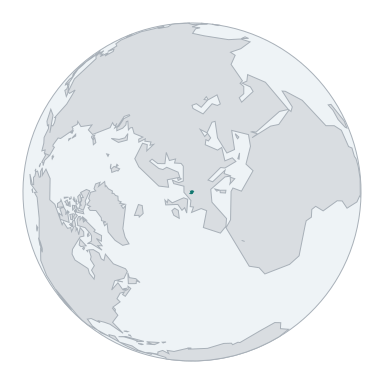 Liege highlighted on a globe, orthographic projection, rotated 282°
{"feature_id": "BEL-3481", "entity_name": "Liege", "entity_type": "Province", "adm_level": 1, "iso_a3": "BEL", "parent_name": "Belgium", "parent_adm1": "", "projection": "orthographic", "projection_center": [5.813, 50.464], "detail": "fine", "context": "on_globe", "style": "filled", "palette": "teal", "viewbox_px": 384, "rotation_deg": 282, "n_neighbors": 0, "source": "natural_earth", "source_scale": "10m", "svg_char_len": 10830}
<svg xmlns="http://www.w3.org/2000/svg" viewBox="0 0 384 384"><g transform="rotate(282 192 192)"><circle cx="192" cy="192" r="169" fill="#eef3f6" stroke="#a8b0b8"/><path d="M23.8,207.7L23.7,207.0L23.3,201.4L24.7,200.8L25.7,189.9L25.6,185.7L24.7,185.9L25.6,170.1L27.8,160.0L40.6,117.3L44.0,110.8L47.4,105.7L68.4,79.0L51.5,98.6L56.5,91.4L63.6,82.8L63.5,83.4L73.4,73.7L80.1,67.2L93.6,58.3L106.3,55.4L101.9,58.1L105.4,57.4L111.3,54.2L114.3,52.2L134.5,48.0L154.6,41.6L158.9,37.9L159.5,40.3L166.3,32.7L175.9,29.7L166.3,34.2L166.3,35.6L173.4,33.9L174.9,35.0L179.2,35.0L180.4,36.6L174.7,39.5L175.3,40.7L180.3,39.5L184.6,40.6L177.2,42.1L184.0,44.4L175.7,50.4L154.8,54.5L151.4,60.4L133.0,71.8L135.8,72.5L130.6,77.8L132.0,80.8L128.2,82.4L132.6,83.4L135.8,81.4L138.8,81.3L139.9,83.0L135.2,85.2L134.0,84.7L133.2,86.2L130.4,86.6L132.4,87.4L126.6,90.1L133.9,90.0L130.6,94.3L126.4,95.4L124.8,91.9L111.1,87.0L106.3,87.6L101.1,91.7L95.5,106.2L91.0,108.6L86.4,114.3L89.8,114.3L94.6,110.0L99.7,111.8L104.9,106.7L107.7,106.8L114.0,103.2L115.1,107.5L112.9,113.8L107.8,117.1L106.7,120.1L113.2,120.2L105.4,130.0L103.1,142.9L100.9,145.2L93.4,143.4L89.1,134.8L79.4,133.8L87.8,138.4L82.0,144.7L81.9,147.6L83.5,149.7L86.5,149.0L84.9,152.2L76.1,148.4L77.3,145.4L80.1,146.6L78.1,142.7L72.0,140.8L69.6,144.5L63.1,138.7L61.3,141.4L58.8,141.8L62.2,137.9L56.0,145.1L48.0,141.4L39.5,154.0L45.6,139.3L46.4,133.2L46.6,127.3L45.1,129.2L47.3,119.7L45.9,116.1L40.3,122.4L35.4,132.2L33.4,141.7L35.2,140.5L35.0,146.4L30.1,152.2L29.0,165.4L26.2,172.1L25.2,179.6L26.0,184.4L26.3,192.3L28.4,191.9L30.9,196.2L29.1,202.9L31.9,200.7L32.3,207.6L38.4,220.6L37.5,221.1L42.3,239.7L50.5,254.6L52.3,262.0L51.1,263.5L54.6,268.2L54.7,270.2L71.0,288.1L81.5,300.1L82.6,306.0L76.7,306.9L77.8,315.0L68.9,307.6L69.4,308.3L61.2,298.9L53.6,288.9L46.8,278.4L40.8,267.5L35.7,256.1L31.3,244.3L27.9,232.3L25.4,220.1L23.8,207.7ZM36.9,157.3L35.9,176.0L34.1,169.2L34.9,169.6L35.6,164.0L36.2,155.6L35.2,150.2L36.9,157.3ZM41.8,156.8L41.8,154.1L42.2,156.3L41.8,156.8ZM115.4,51.3L111.2,54.0L105.4,56.7L108.6,54.2L115.4,51.3ZM126.7,47.1L125.2,48.5L121.3,48.6L123.4,47.8L126.7,47.1ZM161.6,35.3L158.0,36.5L161.0,35.0L161.6,35.3ZM179.6,34.7L180.2,34.1L182.2,34.4L179.6,34.7ZM112.9,101.1L113.4,102.1L112.0,102.3L112.9,101.1ZM115.1,98.6L113.1,98.1L113.9,96.8L115.1,97.2L115.1,98.6ZM185.8,37.2L188.8,38.0L184.7,37.6L185.8,37.2ZM117.4,99.7L115.5,94.7L116.8,92.6L122.6,92.4L117.4,99.7ZM189.9,38.8L197.4,41.1L199.2,39.7L198.1,45.1L192.2,41.2L186.9,40.9L190.0,40.0L189.9,38.8ZM136.3,80.1L132.9,82.3L134.7,79.0L136.3,80.1ZM136.7,78.1L138.0,68.7L143.5,66.5L142.0,70.0L148.3,66.2L150.4,69.7L147.4,72.6L143.4,73.2L147.3,74.1L136.7,78.1ZM196.3,47.9L197.3,49.0L195.2,48.4L196.3,47.9ZM140.1,81.0L139.9,79.2L144.6,77.2L146.0,80.4L144.0,80.0L140.1,81.0ZM149.0,63.6L152.8,62.8L155.5,65.4L157.3,65.4L150.9,69.6L149.0,63.6ZM143.5,81.3L146.6,82.2L145.3,84.7L140.7,82.7L143.5,81.3ZM145.3,75.3L147.6,74.5L146.8,76.0L145.3,75.3ZM142.6,94.6L142.2,92.2L144.6,90.9L142.6,94.6ZM147.8,82.3L148.2,81.5L149.1,80.7L150.8,81.8L147.8,82.3ZM153.3,71.2L153.7,72.6L156.1,69.6L158.2,71.6L153.6,74.1L156.5,73.9L157.1,74.5L152.6,75.9L153.3,71.2ZM155.4,80.8L150.2,85.0L150.4,89.5L148.2,90.7L148.3,83.3L155.4,80.8ZM154.1,77.8L154.4,79.9L151.5,80.3L149.6,79.0L154.1,77.8ZM161.3,72.2L159.3,68.4L160.3,68.1L161.3,72.2ZM156.0,82.0L157.2,81.0L156.3,82.3L156.0,82.0ZM160.3,75.1L159.4,73.8L160.7,73.3L160.3,75.1ZM160.4,80.2L158.7,81.5L157.4,80.6L160.4,80.2ZM160.8,77.8L162.8,77.5L157.9,79.5L160.2,77.2L160.8,77.8ZM161.7,74.9L162.1,74.2L161.9,75.5L161.7,74.9ZM166.6,82.9L160.7,85.6L157.7,83.6L163.8,81.2L166.6,82.9ZM359.8,172.7L359.4,170.2L359.2,171.7L357.4,164.1L353.6,157.7L354.3,165.8L352.4,161.6L347.3,159.6L347.3,171.2L348.6,196.0L351.8,207.9L350.9,217.6L342.3,209.9L336.7,200.6L334.7,205.8L324.9,203.7L311.2,218.2L308.3,216.4L306.0,220.7L298.9,222.2L294.0,218.6L290.2,221.9L303.0,230.9L306.9,227.3L308.9,218.4L311.8,222.6L318.4,222.0L314.6,241.0L292.8,269.1L289.0,260.8L263.9,242.2L263.7,238.5L263.5,238.1L263.1,237.5L262.5,243.9L257.6,239.5L272.8,255.2L276.1,262.8L292.5,269.9L291.3,272.1L296.1,272.4L309.5,259.2L309.9,262.3L304.6,280.8L284.7,309.2L286.4,317.4L283.4,325.3L269.0,335.7L268.3,339.3L260.5,343.5L258.7,345.5L251.4,349.3L239.9,353.7L222.4,357.6L222.9,356.8L216.6,355.4L208.4,347.0L214.5,340.7L213.6,335.8L200.8,324.2L203.7,316.0L199.9,312.8L192.2,314.0L187.6,309.7L182.9,309.6L151.8,310.0L141.5,302.5L127.0,280.3L131.9,273.4L131.3,263.4L164.1,232.7L172.8,235.5L200.7,230.1L204.4,231.2L203.1,240.2L225.5,247.3L230.5,239.0L248.9,239.7L259.9,235.3L260.5,218.0L242.4,224.8L237.4,218.0L250.3,205.7L265.9,199.9L264.4,197.0L253.0,194.4L255.0,186.9L248.9,192.9L252.6,195.0L248.8,199.0L245.3,197.4L246.1,194.7L241.0,195.1L238.3,208.3L241.8,211.8L229.3,217.7L233.8,224.3L231.0,228.6L222.3,219.2L221.9,214.9L207.0,205.2L206.3,210.1L220.3,219.8L216.7,219.6L215.8,226.9L213.6,221.1L198.5,209.8L186.2,213.6L173.2,231.3L165.5,232.3L157.7,228.3L159.6,210.5L176.8,210.2L177.7,204.4L171.9,195.8L177.6,196.6L177.3,193.3L183.5,192.7L190.0,184.2L196.0,182.9L196.4,172.4L199.5,170.4L198.4,177.1L200.9,181.2L215.5,178.1L217.7,175.4L216.7,168.9L220.9,169.1L218.1,163.3L225.4,158.6L214.1,159.6L212.7,152.6L215.8,146.1L213.3,144.1L208.1,154.7L207.9,158.9L210.9,162.1L208.5,174.3L203.9,177.0L198.8,165.3L191.8,168.1L190.9,158.3L205.5,134.8L212.7,129.1L229.4,133.5L229.0,138.4L222.8,139.2L230.6,144.6L229.0,141.2L232.4,141.5L231.9,135.3L234.3,135.3L229.7,129.6L232.6,128.9L235.5,132.5L237.2,123.2L242.7,120.3L241.9,118.3L239.5,116.9L248.0,114.5L247.1,113.1L243.9,113.4L240.0,110.9L236.3,105.7L239.5,105.1L241.2,106.9L249.6,110.1L253.7,115.2L254.6,114.5L251.8,109.9L241.6,106.0L238.5,103.1L243.5,104.2L241.4,103.6L240.9,102.0L243.3,99.9L237.9,98.5L227.6,82.8L231.2,77.7L236.8,80.2L232.9,69.8L237.3,65.6L234.4,65.7L230.6,61.2L229.1,62.5L227.4,62.2L217.0,52.3L217.0,49.8L209.2,46.3L207.7,46.5L207.2,48.1L198.1,45.1L199.2,39.7L202.6,39.6L201.0,36.6L208.9,36.9L214.6,36.0L224.1,38.4L227.9,37.8L226.8,36.8L231.1,35.4L243.6,36.7L238.2,40.1L220.3,40.6L228.0,40.6L227.7,42.1L231.3,43.1L236.6,43.2L236.3,42.2L252.0,51.2L267.5,56.5L263.0,51.7L264.4,50.0L278.2,53.5L302.5,70.5L304.6,69.8L307.6,71.7L311.9,76.4L307.8,73.7L308.4,76.1L305.4,74.0L310.9,81.2L306.9,78.6L313.2,85.8L315.4,86.0L312.0,80.4L319.2,88.1L321.1,86.7L325.9,91.0L338.3,109.1L344.0,121.4L345.3,123.8L345.1,125.6L348.6,134.2L351.8,137.4L353.0,140.7L356.8,155.0L356.3,152.8L355.9,157.6L358.5,167.1L358.9,165.6L359.8,172.7ZM155.0,250.6L154.6,253.8L155.0,250.6ZM284.0,201.4L292.2,196.3L285.6,188.7L288.2,186.2L285.0,184.6L285.1,188.2L276.8,183.4L279.3,177.9L276.8,174.0L273.9,175.6L270.7,186.6L282.5,193.3L281.9,198.8L284.0,201.4ZM38.7,220.9L39.2,223.8L38.0,221.7L38.7,220.9ZM32.6,170.8L33.0,173.7L32.8,176.2L32.2,174.4L32.6,170.8ZM38.9,194.1L39.9,197.8L38.3,195.1L38.9,194.1ZM36.1,178.7L38.0,191.4L34.9,187.0L33.9,179.1L35.3,182.9L36.1,178.7ZM39.1,159.2L39.1,161.4L38.3,162.1L39.1,159.2ZM42.1,158.4L41.9,157.9L42.4,156.0L42.1,158.4ZM82.5,144.9L83.2,145.3L84.2,147.9L82.6,147.6L82.5,144.9ZM95.5,155.1L92.7,160.0L93.6,156.1L90.8,156.4L89.1,148.8L99.7,146.0L95.2,148.5L95.5,155.1ZM89.9,138.4L89.7,143.2L89.5,138.0L89.9,138.4ZM169.6,176.2L172.5,178.4L171.2,182.4L163.6,185.0L165.4,179.1L169.6,176.2ZM176.9,180.7L173.9,169.0L178.5,167.2L176.4,170.1L179.8,170.1L177.3,174.9L184.6,185.1L184.0,189.3L170.3,191.2L175.1,188.1L172.0,186.0L176.9,180.7ZM158.2,144.9L157.0,140.6L168.6,142.2L168.4,146.1L160.8,148.7L156.5,145.6L158.2,144.9ZM128.0,100.5L126.8,99.3L128.1,98.6L130.1,99.0L128.0,100.5ZM142.2,93.6L134.7,105.2L132.9,104.3L130.6,112.6L125.0,113.6L126.7,108.2L120.7,115.3L119.9,110.9L116.4,116.1L120.7,103.8L119.8,100.4L122.9,103.8L128.1,102.9L130.0,101.4L134.9,94.9L135.5,87.2L140.7,85.4L144.2,86.1L144.9,87.7L141.3,88.3L144.7,89.9L140.1,92.1L142.2,93.6ZM182.4,100.1L178.0,99.4L184.1,104.4L179.4,106.0L180.4,106.5L177.8,109.5L176.4,114.0L174.0,114.1L174.4,115.8L172.7,117.9L172.5,120.4L168.2,121.6L167.6,124.8L165.9,123.6L166.1,128.8L164.0,125.5L161.6,128.1L164.9,129.9L141.8,132.0L133.8,136.0L128.2,141.2L125.4,135.3L128.7,126.8L135.4,118.3L143.5,115.5L140.8,113.5L143.8,111.7L144.8,114.1L145.2,109.4L148.0,108.6L153.9,101.9L152.8,96.1L155.0,93.7L156.8,95.6L157.6,91.9L162.5,93.9L164.1,92.3L170.6,92.8L173.1,97.6L174.8,95.5L179.8,96.0L182.4,100.1ZM168.4,83.2L172.5,88.2L171.9,91.7L160.9,89.4L158.8,90.6L151.7,89.5L152.6,84.6L154.6,85.3L156.7,84.9L155.5,86.6L158.0,84.9L160.8,85.9L163.4,84.9L164.0,86.8L168.4,83.2ZM207.6,227.4L210.4,227.4L214.4,226.3L213.9,231.1L207.6,227.4ZM197.2,219.8L199.5,219.0L200.8,224.8L198.0,225.0L197.2,219.8ZM199.7,213.7L199.6,218.5L198.0,216.0L199.7,213.7ZM200.4,176.1L202.8,174.9L203.4,176.3L202.6,178.8L200.4,176.1ZM199.6,116.4L197.1,115.2L197.5,114.3L194.5,109.5L197.7,108.2L200.8,110.5L199.6,116.4ZM258.0,222.1L255.5,226.4L253.6,225.6L254.8,224.3L258.0,222.1ZM234.1,229.9L240.1,230.4L233.9,231.2L234.1,229.9ZM202.5,114.2L200.9,112.3L203.5,112.8L202.5,114.2ZM199.8,106.9L202.7,107.0L197.7,107.4L199.8,106.9ZM306.6,309.7L293.1,326.1L286.8,330.2L287.2,328.3L293.3,319.8L301.2,313.0L305.5,307.1L306.6,309.7ZM360.8,183.6L360.2,182.9L360.2,178.4L360.3,176.6L360.8,183.6ZM352.3,208.3L354.8,211.6L354.0,215.4L352.3,208.3ZM346.9,126.6L348.2,130.4L347.4,129.1L345.3,123.5L346.9,126.6ZM329.7,95.0L332.8,98.9L334.1,100.8L333.2,99.9L329.7,95.0ZM227.6,101.9L228.3,109.8L231.0,115.1L235.8,117.1L229.3,117.8L225.2,109.7L227.6,101.9ZM227.3,85.1L223.0,83.7L224.6,82.3L225.8,82.4L227.3,85.1ZM224.9,85.6L220.3,87.7L217.7,85.7L221.9,84.4L224.9,85.6ZM211.5,100.6L211.5,102.9L209.4,102.4L211.5,100.6ZM305.2,67.6L303.6,66.6L300.9,64.0L302.8,65.4L305.2,67.6ZM290.7,55.5L299.7,63.0L306.7,69.7L306.2,68.8L310.8,72.7L309.6,72.7L302.2,66.0L297.5,61.5L293.6,58.9L288.1,54.8L284.2,53.2L280.8,51.1L282.9,51.3L290.7,55.5ZM282.7,52.7L274.0,49.4L270.4,45.9L271.5,45.9L277.0,48.8L278.6,50.4L282.7,52.7ZM270.8,47.7L272.2,49.3L262.3,49.9L259.3,49.2L265.0,46.5L266.6,48.0L269.7,48.6L270.8,47.7ZM198.8,48.4L197.4,48.9L197.6,47.8L198.8,48.4ZM226.8,63.0L224.5,62.5L224.8,61.2L226.8,63.0ZM218.4,60.5L219.6,62.4L217.0,60.6L218.4,60.5ZM222.6,66.6L219.5,63.2L224.4,66.2L222.6,66.6Z" fill="#d9dde1" stroke="#a8b0b8" stroke-width="1"/><path d="M192.4,192.9L192.4,192.7L192.4,192.4L192.1,192.3L192.1,192.5L191.9,192.6L191.8,192.4L191.7,192.3L191.6,192.2L191.4,192.2L191.2,192.1L191.3,192.2L191.2,192.2L191.0,192.3L191.0,192.2L190.9,192.2L190.8,191.9L190.7,191.9L190.5,191.6L190.4,191.5L190.5,191.4L190.5,191.2L190.6,191.3L190.8,191.3L190.8,191.2L190.9,191.3L191.0,191.2L191.3,191.2L191.5,191.2L191.8,191.0L192.0,191.3L192.1,191.2L192.1,191.3L192.2,191.2L192.3,191.2L192.4,191.3L192.5,191.3L192.7,191.5L192.8,191.6L192.7,191.7L192.7,191.8L192.8,191.9L193.0,191.9L193.0,192.0L193.0,192.3L193.0,192.5L192.9,192.5L192.7,192.6L192.7,192.8L192.6,193.0L192.5,192.9L192.4,192.9Z" fill="#14b8a6" stroke="#0f766e" stroke-width="1.5"/></g></svg>